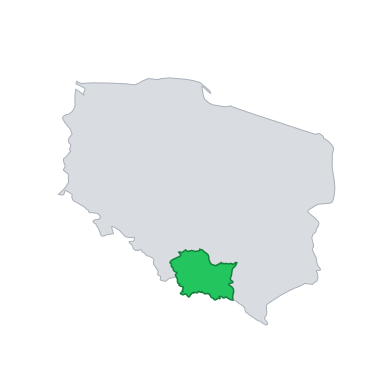 location of Lesser Poland within Poland, rotated 16°
{"feature_id": "POL-3170", "entity_name": "Lesser Poland", "entity_type": "Voivodeship", "adm_level": 1, "iso_a3": "POL", "parent_name": "Poland", "parent_adm1": "", "projection": "robinson", "projection_center": [20.414, 49.829], "detail": "fine", "context": "in_parent", "style": "filled", "palette": "green", "viewbox_px": 384, "rotation_deg": 16, "n_neighbors": 0, "source": "natural_earth", "source_scale": "10m", "svg_char_len": 6607}
<svg xmlns="http://www.w3.org/2000/svg" viewBox="0 0 384 384"><g transform="rotate(16 192 192)"><path d="M321.8,206.8L323.4,209.3L324.0,211.3L323.4,212.9L323.7,214.5L329.6,221.2L331.9,226.2L333.3,228.1L336.6,230.6L336.9,231.6L335.7,232.5L333.8,232.9L333.2,233.8L335.3,236.1L336.8,240.0L336.7,243.2L335.7,244.0L334.3,245.9L333.4,247.6L325.7,248.8L323.9,250.7L319.8,254.2L316.9,256.3L312.7,260.0L306.1,266.5L296.5,277.5L294.8,280.0L295.2,282.1L297.0,287.0L297.4,289.2L297.1,291.2L296.5,293.1L296.7,293.9L300.9,297.2L301.1,297.9L300.7,298.8L299.8,299.5L296.6,298.8L293.0,297.4L291.7,297.6L289.8,297.2L281.7,294.5L276.3,292.4L275.7,291.1L274.7,289.1L272.4,287.4L267.1,285.9L265.0,284.8L256.4,284.2L252.7,284.2L250.0,284.6L248.3,284.6L246.0,287.5L244.4,288.4L242.1,288.5L240.1,287.9L238.0,286.4L234.6,285.6L232.2,286.0L230.4,285.6L228.9,285.6L228.3,285.9L227.1,285.8L225.3,286.6L223.4,287.6L221.2,288.4L219.5,290.1L218.0,293.5L213.8,292.0L212.4,292.6L210.5,293.1L209.1,292.6L209.4,291.5L210.0,290.2L210.0,288.3L209.6,286.3L208.3,285.7L206.4,285.4L205.4,285.0L205.3,284.4L204.3,283.5L202.6,281.3L201.0,278.6L199.8,277.8L198.2,279.1L195.7,280.6L194.1,281.1L191.1,285.3L185.8,285.4L185.4,283.5L184.9,281.6L181.8,281.1L181.7,280.0L181.0,277.2L174.8,271.8L174.1,269.6L174.3,268.7L173.9,267.3L172.5,266.4L167.6,265.4L166.3,265.9L165.2,265.3L163.4,264.0L160.3,263.0L159.9,262.4L158.8,261.5L158.2,261.4L157.8,262.0L156.9,262.8L153.6,263.8L152.3,263.3L151.2,262.5L149.9,260.6L148.0,259.0L146.4,258.4L145.5,257.6L145.3,256.9L148.9,255.6L149.7,254.2L149.2,251.7L148.7,251.4L147.3,252.2L144.3,253.0L141.6,253.3L140.2,253.3L132.6,248.8L127.6,247.4L124.6,247.0L124.3,247.4L125.6,250.0L127.8,253.1L127.7,254.0L123.3,255.8L121.4,256.9L119.8,258.4L118.4,259.1L117.2,259.0L116.0,258.2L112.9,253.6L108.9,250.0L108.5,249.2L107.2,249.0L105.5,248.2L104.9,247.1L105.8,246.0L107.1,244.9L109.3,244.3L109.9,243.7L110.3,242.8L111.2,241.6L111.0,241.2L109.5,239.8L107.2,238.6L100.8,239.5L99.1,240.2L98.1,239.3L97.4,238.0L95.8,237.8L93.7,236.6L91.1,235.5L88.6,235.1L83.3,233.5L81.3,233.4L80.1,232.8L78.9,231.6L77.9,230.2L77.5,227.4L73.6,226.1L69.8,225.3L69.5,225.8L69.6,228.6L69.3,230.1L66.7,231.0L64.2,231.1L64.4,230.6L67.5,225.6L69.0,222.4L70.7,216.6L69.0,212.0L68.6,209.8L67.8,208.8L62.6,206.6L62.2,205.8L63.1,202.8L62.7,201.5L61.5,200.2L59.9,197.5L59.4,195.2L61.6,192.5L63.2,187.9L64.1,186.0L62.7,185.0L62.4,183.5L62.9,181.4L62.2,179.8L60.4,178.8L59.2,177.5L58.7,175.8L59.2,173.2L60.8,169.6L57.9,165.3L50.5,160.2L47.1,156.7L47.4,154.7L49.1,152.8L52.0,151.2L54.3,148.3L55.6,144.9L55.9,141.8L52.9,131.7L52.5,129.2L52.0,125.3L58.5,127.4L61.2,128.6L60.9,127.3L60.4,126.1L60.8,124.4L60.7,121.9L54.8,120.6L50.9,120.1L50.5,118.3L50.9,117.2L52.0,117.9L55.9,118.1L65.5,114.7L82.0,110.2L99.6,106.0L103.7,105.5L107.8,104.7L109.4,103.1L110.9,102.0L113.4,99.3L118.7,95.0L128.1,93.4L131.6,91.3L138.9,88.5L155.5,85.3L162.4,84.6L169.1,84.5L175.1,87.0L181.5,90.1L182.6,92.0L179.2,90.8L174.2,88.0L172.3,87.9L176.5,96.5L178.8,99.5L183.6,101.7L187.6,102.5L199.9,101.1L204.3,99.3L205.5,98.4L206.7,98.9L222.7,99.9L278.7,102.1L294.8,102.5L295.8,102.2L297.4,100.8L299.4,101.0L301.8,101.9L302.9,102.5L303.4,103.3L303.7,104.2L305.0,104.3L307.4,105.0L310.6,106.5L313.1,108.0L315.6,110.1L316.4,112.4L316.5,115.1L316.4,116.9L320.1,130.1L325.8,142.2L328.0,148.1L328.8,151.2L329.6,155.7L329.8,158.9L329.8,160.7L329.5,163.1L327.9,164.6L317.4,168.7L315.4,170.0L312.4,173.3L309.5,176.6L308.9,177.7L308.7,178.5L309.4,179.6L313.2,181.4L317.0,182.8L318.3,183.9L321.1,185.2L322.2,186.5L322.8,187.5L322.8,190.0L321.6,193.5L322.2,196.1L320.9,197.8L319.9,199.7L319.8,203.1L321.8,206.8Z" fill="#d9dde1" stroke="#a8b0b8" stroke-width="1"/><path d="M207.6,285.7L207.0,285.7L205.3,285.2L205.4,284.7L205.3,284.2L205.5,283.7L204.3,283.7L203.7,283.6L203.2,283.2L202.6,281.8L202.1,279.9L201.7,279.1L201.0,278.7L200.8,278.5L200.3,277.8L200.0,277.7L199.9,277.3L199.2,276.9L198.8,276.2L199.1,275.5L199.6,274.6L199.7,273.6L197.7,273.3L196.6,272.9L195.6,272.2L195.2,271.0L194.6,270.1L193.1,269.6L192.2,268.3L192.2,267.1L191.5,266.4L190.8,266.4L190.2,265.7L190.5,264.5L191.2,263.4L191.8,262.6L198.9,256.3L197.5,254.7L195.9,253.5L196.9,252.9L198.8,253.1L200.1,251.7L201.0,250.4L201.8,249.4L203.4,250.2L204.1,250.2L204.9,250.0L207.5,248.4L209.1,248.2L210.8,248.3L211.7,248.2L215.4,246.3L215.3,245.7L215.2,244.9L217.9,244.9L219.1,245.4L220.1,246.2L222.5,246.8L224.8,248.0L226.2,250.2L226.6,251.9L227.2,252.7L228.5,254.2L229.1,255.2L231.2,256.2L235.1,256.3L236.0,255.5L236.1,255.1L236.5,254.7L237.4,254.3L237.8,254.0L237.9,253.8L237.9,253.4L238.0,253.2L238.4,253.2L238.5,253.1L239.1,252.6L239.3,252.0L239.5,251.7L240.6,252.6L241.1,252.4L241.5,252.1L241.9,251.9L242.4,252.1L242.8,251.9L243.6,251.9L243.9,251.7L244.1,251.4L244.4,251.2L244.7,251.2L246.9,251.1L247.3,251.0L247.7,250.8L247.9,250.5L248.2,250.3L249.4,249.9L249.7,249.8L250.1,250.0L250.4,250.2L250.7,250.4L251.2,250.3L251.7,249.7L251.9,249.6L252.1,249.6L252.2,249.2L252.4,249.0L252.7,248.9L253.1,248.6L253.2,248.1L253.5,248.3L254.0,248.1L254.0,247.8L254.0,247.6L254.6,247.6L254.2,250.7L253.4,252.4L252.3,253.9L252.1,256.0L252.9,261.6L252.7,263.2L252.7,264.7L252.9,265.1L253.2,265.6L253.8,266.2L254.6,266.3L255.8,266.8L256.2,267.8L253.2,269.7L252.7,270.6L253.6,271.3L256.8,272.4L258.6,274.0L259.6,276.6L259.7,278.0L259.6,279.3L260.1,282.0L261.2,284.5L260.7,284.8L260.3,284.7L259.2,284.9L258.7,284.9L255.8,284.2L254.1,283.5L253.7,283.4L253.2,283.7L252.3,284.9L251.7,285.2L251.1,285.3L250.7,285.1L250.2,284.7L249.7,284.4L249.2,284.3L248.0,284.5L247.6,284.7L247.0,285.3L247.3,285.6L248.0,286.0L248.4,286.5L248.1,286.9L247.6,287.0L247.0,287.0L246.5,287.1L245.9,287.5L244.9,288.7L244.3,289.2L243.6,289.4L243.1,289.3L242.6,289.0L242.1,288.6L241.5,288.3L241.1,288.2L240.6,288.2L239.9,288.1L239.4,287.9L236.8,285.2L236.3,285.2L235.2,285.3L234.6,285.3L234.3,285.3L234.0,285.4L233.5,285.9L233.2,286.2L232.5,286.4L231.8,286.2L229.3,285.2L228.9,285.3L228.9,285.9L227.3,286.0L226.1,285.6L225.8,285.6L225.5,285.8L225.3,286.0L225.3,286.4L225.1,286.9L224.9,287.4L224.8,287.6L222.5,287.7L222.0,288.0L221.4,288.6L221.1,288.8L220.4,288.8L220.4,288.7L220.2,288.9L219.6,289.9L219.5,290.4L219.3,290.8L218.9,291.2L218.7,292.5L218.4,293.4L217.8,293.8L216.8,293.4L215.3,292.2L214.5,291.8L213.5,291.9L213.0,292.3L212.4,292.8L212.0,293.1L211.3,293.3L210.0,293.2L209.2,293.0L208.8,292.6L209.0,292.1L210.1,290.5L210.4,290.4L210.6,290.3L210.7,290.1L210.6,289.9L210.4,289.8L210.4,289.7L209.9,289.4L209.8,289.1L210.0,288.8L210.1,288.7L209.9,286.9L209.8,286.2L209.5,285.5L209.2,285.4L208.2,285.7L207.6,285.7Z" fill="#22c55e" stroke="#15803d" stroke-width="1.5"/></g></svg>